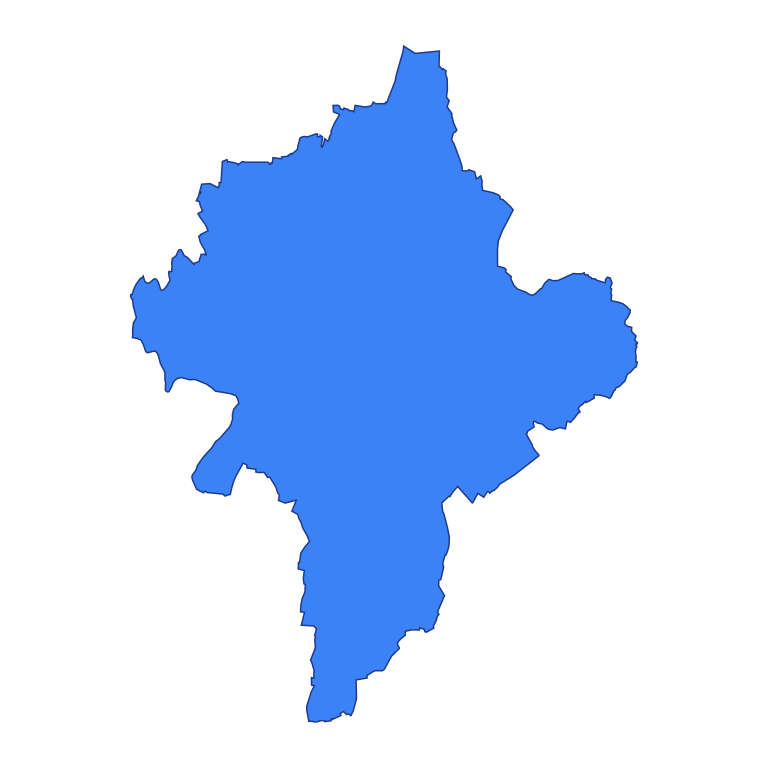 Samko, Ang Thong, Thailand
{"feature_id": "78962969B27943810698325", "entity_name": "Samko", "entity_type": "district", "adm_level": 2, "iso_a3": "THA", "parent_name": "Thailand", "parent_adm1": "Ang Thong", "projection": "equal_earth", "projection_center": [100.248, 14.6], "detail": "fine", "context": "isolated", "style": "filled", "palette": "blue", "viewbox_px": 768, "rotation_deg": 0, "n_neighbors": 0, "source": "geoboundaries", "source_scale": "gbopen_adm2", "svg_char_len": 6116}
<svg xmlns="http://www.w3.org/2000/svg" viewBox="0 0 768 768"><path d="M333.0,104.8L333.5,111.9L339.6,114.4L334.2,123.7L332.1,128.8L330.9,131.7L331.5,132.5L329.0,138.1L329.6,138.9L327.8,141.2L324.7,138.7L323.7,143.6L322.4,147.1L321.2,146.7L322.6,136.9L320.1,135.3L319.9,136.9L317.4,136.6L317.6,134.0L315.7,134.0L307.3,137.0L304.2,136.4L300.4,137.6L299.8,138.6L297.7,147.0L297.5,149.3L291.6,154.4L291.1,153.5L288.1,155.5L288.4,156.2L281.6,156.9L281.5,158.8L273.0,157.6L272.2,163.2L271.0,162.9L270.9,164.2L269.3,164.2L269.0,163.0L267.7,162.2L246.2,162.2L242.2,161.6L237.9,164.8L237.8,163.9L234.6,162.8L228.5,161.6L227.7,162.0L227.0,159.6L222.4,161.5L221.0,182.6L219.1,182.6L219.5,184.5L218.1,187.7L210.0,183.6L201.7,184.2L199.7,191.7L200.9,192.2L200.6,193.6L199.3,193.1L198.4,196.6L196.3,200.7L199.4,201.6L200.1,205.0L202.5,211.2L197.9,213.5L200.3,217.7L205.3,224.4L208.0,230.7L200.6,234.5L200.8,235.1L198.8,236.2L200.4,242.5L204.7,249.9L206.1,255.1L204.3,254.3L201.2,254.3L198.9,261.6L194.2,263.2L194.0,264.4L187.4,257.4L184.3,255.7L181.3,249.9L179.4,249.6L178.0,251.3L176.2,255.7L172.3,258.6L171.7,263.2L172.1,266.2L171.7,268.6L171.8,271.2L170.9,271.8L169.0,271.4L168.6,272.1L169.2,276.9L170.1,280.0L166.9,285.8L163.9,289.4L162.1,290.4L160.7,289.6L158.2,281.9L156.2,279.1L154.1,278.9L149.8,282.6L147.2,283.2L144.9,281.5L143.1,276.1L142.0,277.8L140.1,278.7L136.0,284.5L134.0,288.8L131.9,294.8L130.8,294.7L130.5,296.2L131.9,299.2L132.6,299.5L133.2,305.6L136.4,317.8L133.4,322.9L132.6,330.3L132.8,335.3L132.4,337.6L137.1,338.4L141.0,340.1L143.4,344.7L145.6,351.3L146.9,352.6L148.2,352.7L153.9,351.1L155.5,351.4L157.1,352.9L158.5,356.3L160.5,363.8L164.3,370.8L164.9,372.8L164.9,379.4L165.6,383.0L165.3,389.6L165.9,391.0L167.7,392.0L168.9,391.7L171.6,386.8L173.2,382.4L174.6,380.6L177.9,378.2L181.5,377.6L189.9,379.8L194.4,379.4L196.8,380.1L206.6,384.2L212.3,388.2L215.6,391.2L229.8,393.5L235.7,395.6L237.5,398.4L238.8,403.2L233.7,409.2L232.4,414.7L232.6,418.9L231.3,423.4L229.8,426.8L219.6,438.5L215.7,441.5L212.0,447.5L203.1,457.3L197.4,465.6L196.0,470.2L192.3,475.1L191.9,476.9L192.5,480.0L196.7,489.4L203.5,492.8L205.2,491.0L206.8,492.5L222.9,494.1L225.2,496.1L228.3,494.8L230.3,494.5L231.6,488.3L233.7,481.3L235.6,476.7L243.1,463.1L246.8,464.9L247.1,468.0L255.9,469.3L255.9,472.1L258.9,472.6L264.1,472.4L267.6,477.4L269.9,477.3L275.8,487.0L277.6,492.5L279.4,495.6L278.4,500.4L285.2,503.1L296.3,500.1L291.9,511.2L297.8,514.3L298.7,518.1L301.1,522.5L302.6,527.6L307.2,535.9L309.5,541.4L305.3,546.4L300.8,553.0L299.6,562.6L298.4,562.5L298.3,569.0L304.3,570.5L303.3,578.4L304.0,583.9L305.3,584.4L305.0,591.7L302.2,598.6L300.9,604.9L300.5,611.8L304.5,612.4L301.3,625.2L313.8,626.0L316.5,628.9L314.7,635.3L315.3,635.5L314.8,640.9L315.4,646.4L314.8,649.4L310.5,660.1L311.7,662.2L314.3,671.1L313.9,671.6L313.9,677.9L311.4,677.7L311.6,685.2L314.4,685.8L311.3,691.7L306.7,706.3L306.8,710.4L308.8,721.3L312.9,721.3L313.6,721.9L317.0,721.8L321.3,720.6L324.2,720.7L324.9,720.9L324.8,721.6L331.1,720.8L331.0,719.3L332.4,718.7L332.6,719.3L340.9,715.5L340.2,713.6L343.4,711.5L346.7,714.6L348.5,713.8L350.8,715.7L353.2,711.1L356.5,698.7L356.1,679.9L367.1,678.0L366.9,675.5L373.9,671.2L375.4,670.7L382.5,670.7L384.4,669.2L391.6,656.1L399.3,648.5L399.3,647.9L397.5,644.2L397.8,642.1L401.0,638.7L405.3,635.1L405.4,631.3L411.9,629.8L419.4,630.0L419.9,627.9L424.5,629.5L424.7,631.6L426.5,632.2L433.8,628.1L433.4,626.1L436.2,620.6L437.2,616.7L438.9,614.4L437.5,612.0L444.5,595.6L438.7,585.9L438.8,580.1L440.5,579.8L440.9,579.2L443.5,567.8L443.5,566.3L442.7,563.7L444.9,555.5L445.8,555.3L447.4,551.6L448.9,546.2L449.2,542.4L449.3,536.7L447.4,527.4L443.9,513.9L442.7,511.4L441.8,502.9L448.8,496.4L449.9,496.6L452.2,492.8L457.7,486.5L472.2,502.9L472.7,502.8L477.9,493.4L483.8,497.3L487.3,491.6L488.6,491.8L489.8,493.2L492.8,490.5L493.8,490.6L497.7,487.1L499.4,484.4L514.0,475.2L539.0,455.7L538.8,454.9L535.5,451.2L532.6,446.9L532.2,444.8L526.3,434.1L527.2,433.3L527.1,432.1L527.9,431.0L534.1,427.0L533.3,423.4L533.5,421.7L535.0,421.3L537.2,422.9L542.0,424.0L547.5,428.7L549.0,429.4L553.0,430.0L559.8,427.5L565.4,428.9L567.0,421.5L567.6,421.1L570.5,422.4L574.8,417.6L578.0,413.2L579.8,412.3L579.8,411.2L578.2,409.0L580.0,405.8L581.7,405.1L585.4,401.5L586.2,402.6L594.2,398.2L594.0,394.8L600.6,395.2L607.2,397.1L609.3,398.3L610.2,397.9L611.6,395.9L613.6,391.3L615.0,390.2L616.3,387.6L619.2,386.6L625.0,380.9L627.2,374.4L630.4,372.2L635.2,367.0L636.2,366.9L637.3,362.4L637.1,361.9L635.8,361.7L636.1,356.6L635.4,351.8L636.0,348.5L636.9,346.6L635.8,345.3L635.8,344.1L637.1,344.0L637.5,342.9L634.6,340.0L635.7,337.5L635.9,335.8L631.6,331.6L631.7,327.3L627.8,326.4L625.0,324.4L624.8,323.3L625.1,320.5L627.7,317.4L630.2,312.5L630.0,309.4L628.5,309.1L627.4,307.1L622.8,303.7L618.2,302.1L611.0,300.7L611.7,294.8L610.8,293.6L611.6,289.1L610.2,287.8L612.1,283.2L610.2,278.0L607.3,277.2L605.4,279.7L605.5,281.8L605.1,282.8L597.0,280.3L595.0,278.8L591.4,278.6L591.1,277.5L588.5,276.5L588.3,275.0L584.5,274.6L584.3,272.8L581.8,273.7L578.2,273.9L573.3,273.5L558.0,280.5L552.8,280.7L548.9,279.3L544.8,283.1L541.7,288.5L540.7,288.6L535.9,293.2L532.7,295.3L529.2,294.4L526.1,292.3L517.4,289.0L513.9,285.4L510.8,278.7L511.3,276.7L505.5,271.9L506.2,270.0L505.3,268.8L504.5,268.1L497.5,266.1L497.5,248.6L498.4,240.7L502.4,230.6L513.2,209.9L509.9,206.0L503.2,199.9L499.9,198.6L500.1,196.6L498.6,195.0L493.4,192.8L482.4,190.3L482.5,187.7L481.9,186.3L482.1,181.1L480.7,175.9L476.5,178.9L474.6,171.8L468.8,169.7L468.3,170.5L467.2,170.9L462.3,170.8L461.8,165.5L459.7,159.2L454.1,144.0L451.6,139.8L452.9,134.3L454.0,132.3L455.3,132.1L456.8,130.1L453.5,122.9L451.6,114.6L451.9,113.6L447.1,106.9L449.2,100.6L447.3,98.5L446.5,96.6L447.4,89.5L447.2,78.7L445.7,74.4L446.1,71.0L443.1,68.7L442.4,69.6L440.4,67.0L439.0,66.8L439.4,51.0L415.1,53.4L403.7,46.1L403.2,50.8L396.5,74.2L395.0,81.4L386.8,102.5L385.5,102.2L385.3,103.6L375.8,103.7L373.2,102.2L371.3,105.9L365.1,107.0L355.1,105.4L354.0,111.7L352.3,110.8L349.2,110.7L348.8,109.7L344.0,108.1L343.4,109.7L340.3,108.8L339.6,106.2L337.9,105.3L333.3,105.5L333.0,104.8Z" fill="#3b82f6" stroke="#1e3a8a" stroke-width="1.5"/></svg>